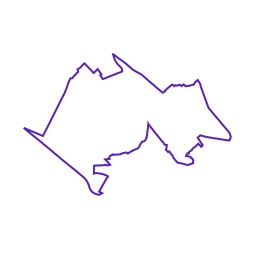 outline of Xaloztoc, Tlaxcala, Mexico, rotated 9°
{"feature_id": "50627088B11287751842327", "entity_name": "Xaloztoc", "entity_type": "district", "adm_level": 2, "iso_a3": "MEX", "parent_name": "Mexico", "parent_adm1": "Tlaxcala", "projection": "orthographic", "projection_center": [-98.026, 19.412], "detail": "fine", "context": "isolated", "style": "outline", "palette": "violet", "viewbox_px": 256, "rotation_deg": 9, "n_neighbors": 0, "source": "geoboundaries", "source_scale": "gbopen_adm2", "svg_char_len": 5679}
<svg xmlns="http://www.w3.org/2000/svg" viewBox="0 0 256 256"><g transform="rotate(9 128 128)"><path d="M25.1,144.2L25.5,144.5L34.8,150.0L36.4,150.9L37.9,151.7L39.3,152.5L41.2,153.6L42.2,154.2L46.3,156.6L46.9,157.1L49.3,158.5L52.8,160.5L56.5,162.7L59.4,164.5L62.3,166.2L68.2,169.8L71.1,171.5L73.9,173.0L74.1,173.2L76.4,174.5L83.4,178.5L86.0,180.1L88.6,181.7L89.6,182.3L90.6,182.8L91.5,183.4L93.1,184.5L93.8,185.1L94.7,185.9L95.3,186.6L96.0,187.4L96.4,187.8L96.8,188.4L98.1,190.4L98.5,191.1L98.8,191.9L99.1,192.6L99.9,193.9L100.1,194.3L100.4,194.6L101.1,195.4L101.5,195.7L102.0,196.2L102.5,196.6L103.0,196.9L103.7,197.3L104.1,197.5L104.6,197.7L105.2,197.9L106.2,198.1L106.6,198.2L107.2,198.3L107.8,198.4L108.6,198.4L109.8,198.4L110.1,198.4L110.2,198.2L110.3,198.1L110.6,197.9L110.9,197.7L111.2,197.5L111.4,197.4L111.6,197.3L111.7,197.2L111.8,197.1L112.1,196.8L112.4,196.6L112.5,196.5L112.6,196.4L110.7,195.8L110.0,195.5L109.4,195.3L110.1,193.5L110.4,192.6L110.8,191.7L111.5,189.8L112.3,187.6L113.7,183.8L114.1,182.8L114.8,181.2L115.1,180.5L115.4,179.8L115.7,179.2L115.8,178.9L115.4,178.7L115.1,178.6L114.5,178.4L114.2,178.3L113.8,178.2L113.5,178.2L113.3,178.2L112.9,178.1L112.6,177.8L112.3,177.8L111.6,177.8L111.3,177.7L110.9,177.6L110.4,177.5L109.8,177.4L109.2,177.4L108.9,177.4L107.9,177.4L107.4,177.4L106.2,177.4L104.7,177.4L104.4,177.4L103.6,177.5L103.2,177.6L101.7,178.1L101.4,178.3L101.2,176.8L101.0,175.3L100.7,172.9L100.6,171.8L100.5,171.4L100.5,171.0L100.4,170.5L101.3,170.3L101.9,170.2L103.0,169.9L104.2,169.7L105.8,169.4L106.5,169.2L107.0,169.2L107.9,169.0L109.1,168.7L109.6,168.5L109.9,168.5L110.4,168.4L110.6,168.4L111.4,167.8L111.6,167.7L113.2,168.2L113.4,168.2L114.1,168.0L114.5,167.9L116.1,167.2L115.8,166.9L114.6,165.9L114.2,165.6L113.7,165.0L112.6,164.2L112.2,163.9L110.4,162.6L113.8,161.5L114.3,161.4L114.5,161.4L114.4,161.2L114.2,160.8L114.1,160.4L114.1,160.2L114.3,159.1L114.4,158.9L114.4,158.6L115.7,157.5L117.0,156.5L117.2,156.8L117.4,156.9L119.3,156.4L121.2,156.0L123.4,155.5L123.8,155.3L124.9,155.1L124.9,154.9L125.1,154.7L125.8,154.2L126.1,154.0L126.7,153.8L127.7,153.4L127.9,153.3L128.4,153.1L129.1,152.8L129.3,152.7L130.1,152.5L130.3,152.5L130.6,152.6L130.8,152.6L131.0,152.7L131.7,153.2L131.8,153.3L132.0,153.2L132.6,152.5L133.1,152.0L133.9,151.4L134.3,151.0L136.7,149.2L136.7,149.3L138.5,148.0L139.2,147.6L139.8,147.3L140.3,147.1L140.5,146.9L140.7,146.7L141.1,146.2L141.5,145.7L141.8,145.0L142.1,144.6L142.1,144.4L142.2,144.0L142.2,143.6L142.2,143.4L143.0,141.5L143.1,141.1L143.7,140.0L144.0,139.6L144.2,139.3L144.6,139.1L145.3,138.9L145.8,138.6L146.5,138.1L146.8,137.7L147.1,136.9L147.2,136.5L147.2,136.2L147.3,135.9L147.5,135.5L147.8,135.1L147.9,131.4L147.7,128.3L147.7,124.6L147.5,123.3L147.5,122.2L147.4,120.7L147.9,121.4L152.0,125.1L153.8,126.9L155.2,128.0L155.3,128.2L157.0,129.7L158.5,131.1L160.0,132.5L160.3,132.7L161.7,134.0L162.0,134.4L163.3,135.4L163.8,135.8L165.1,136.6L165.3,137.0L166.9,138.8L167.6,138.8L168.9,138.6L169.2,141.0L168.9,143.3L168.8,143.6L171.4,145.5L172.3,144.6L172.9,145.1L173.4,145.6L174.2,146.4L175.0,147.2L175.9,148.1L176.6,148.9L177.3,149.9L178.1,150.9L182.2,154.4L187.9,154.7L192.6,155.3L197.8,152.6L197.8,152.1L197.6,151.6L197.5,151.4L197.5,151.2L197.5,150.7L197.5,150.4L197.6,150.2L197.6,149.8L197.5,149.5L197.4,149.3L196.9,149.0L196.7,148.7L196.5,148.4L196.3,148.2L196.0,148.0L195.7,148.0L195.3,147.8L195.0,147.6L194.8,147.5L194.6,147.3L194.4,147.1L194.2,147.0L194.2,146.9L193.6,146.8L193.3,146.7L193.0,146.7L192.8,146.6L192.3,146.5L192.0,146.5L191.7,146.4L191.1,146.4L190.3,146.5L189.7,146.5L189.8,145.7L190.6,143.9L191.1,143.6L191.4,143.7L191.6,143.7L191.9,143.7L192.0,143.7L192.1,143.4L191.7,142.7L192.0,142.5L192.6,141.5L193.0,141.2L193.4,140.8L193.8,140.5L194.6,139.6L194.8,138.9L194.9,138.6L195.4,138.0L196.2,137.0L198.2,134.8L199.9,132.5L201.0,133.4L201.5,133.7L203.2,135.0L203.3,135.1L204.1,133.9L204.4,133.3L198.4,126.7L198.7,126.5L198.8,126.1L200.4,124.1L200.6,123.9L205.0,124.4L206.4,124.6L206.9,124.6L210.0,124.6L217.5,124.6L226.6,124.6L229.0,124.6L229.7,124.5L229.9,124.5L230.0,124.4L230.2,124.2L230.4,123.4L230.5,122.9L230.8,121.3L230.8,121.1L230.9,120.9L230.5,119.8L229.9,118.6L229.0,116.9L227.4,115.5L224.4,112.9L224.2,112.7L221.7,110.6L218.2,107.5L214.8,104.6L211.4,101.7L208.0,98.7L204.4,95.6L202.5,92.2L201.2,89.8L200.2,88.0L197.8,83.7L195.5,79.4L193.7,76.3L192.5,73.3L189.4,69.7L187.1,72.2L186.2,74.8L185.9,75.0L185.6,74.9L183.1,76.2L178.5,77.8L176.1,76.2L174.4,78.2L172.2,77.1L170.0,78.5L168.1,78.3L167.1,79.5L165.1,78.2L164.3,78.6L162.6,80.7L160.6,82.9L158.7,85.2L159.0,85.5L157.8,86.9L157.0,87.6L156.8,87.7L154.5,86.4L146.3,81.4L144.2,80.1L139.2,77.0L137.0,75.6L136.2,75.1L135.1,74.4L133.1,73.2L132.6,73.0L132.1,72.8L131.1,72.4L127.2,71.0L124.2,69.9L123.3,69.4L120.6,67.7L117.9,66.1L116.6,65.2L115.2,64.4L112.2,62.8L111.3,62.4L110.5,61.9L107.2,60.3L104.6,58.9L102.5,57.7L102.1,57.6L101.8,57.6L102.9,59.9L104.0,62.2L104.1,62.4L105.2,63.9L106.3,65.2L107.4,66.2L108.2,66.8L109.0,67.5L112.4,69.9L112.8,71.2L113.2,72.4L113.3,72.6L113.3,72.8L113.3,73.2L113.1,73.3L110.1,75.0L104.7,78.2L102.3,79.6L98.3,82.0L95.5,83.6L92.3,80.2L92.7,79.7L93.3,79.1L88.8,74.6L85.5,79.1L75.8,71.6L74.8,71.0L73.7,72.3L71.9,75.1L70.9,76.3L69.9,77.1L69.2,77.8L68.9,78.0L69.3,78.8L69.6,79.1L69.7,79.6L69.8,80.0L69.9,80.6L69.7,80.9L69.3,81.2L68.9,81.5L68.6,82.0L68.4,82.4L68.2,83.0L67.6,83.7L67.2,84.1L66.9,84.4L66.7,84.7L66.5,85.1L66.4,85.4L66.2,85.9L65.7,86.6L65.4,87.2L65.1,87.6L64.7,87.8L64.3,87.9L63.8,87.8L63.5,87.9L63.4,87.9L62.0,92.5L61.3,97.2L59.8,103.7L57.8,109.7L55.9,115.8L53.8,122.4L49.5,136.0L47.3,142.7L45.5,148.2L45.2,149.2L37.6,147.3L25.1,144.2Z" fill="none" stroke="#5b21b6" stroke-width="2"/></g></svg>